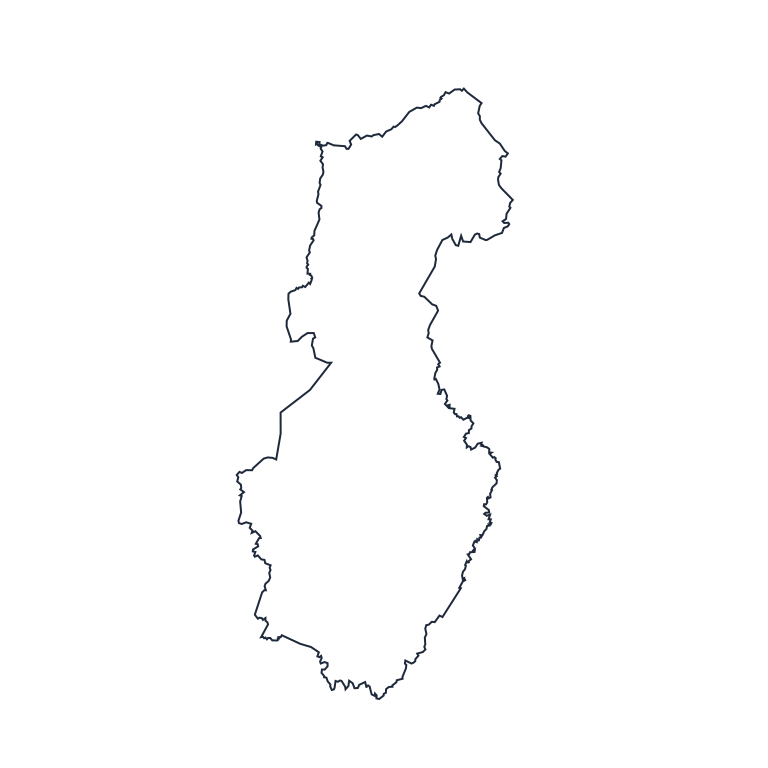 Nzema East, Western, Ghana (Natural Earth projection), rotated 201°
{"feature_id": "2480657B37092877755739", "entity_name": "Nzema East", "entity_type": "district", "adm_level": 2, "iso_a3": "GHA", "parent_name": "Ghana", "parent_adm1": "Western", "projection": "natural_earth1", "projection_center": [-2.226, 5.086], "detail": "fine", "context": "isolated", "style": "outline", "palette": "slate", "viewbox_px": 768, "rotation_deg": 201, "n_neighbors": 0, "source": "geoboundaries", "source_scale": "gbopen_adm2", "svg_char_len": 6126}
<svg xmlns="http://www.w3.org/2000/svg" viewBox="0 0 768 768"><g transform="rotate(201 384 384)"><path d="M275.6,88.2L272.7,93.0L273.2,94.7L271.6,96.4L272.7,99.9L270.9,102.9L267.6,104.4L268.2,105.6L265.5,110.1L265.9,112.0L261.0,115.5L261.8,116.9L261.6,126.4L262.5,129.7L264.3,130.5L265.0,133.5L258.1,132.9L256.7,134.3L255.5,136.4L256.1,138.4L254.5,142.7L256.4,144.2L251.7,147.7L250.2,151.0L252.2,153.1L252.1,155.6L255.0,161.9L254.8,165.8L257.8,170.4L258.1,174.0L256.0,175.3L254.2,179.1L251.3,179.9L249.2,187.7L245.9,187.4L239.1,220.9L240.7,220.7L239.6,228.0L237.9,230.0L239.3,231.2L239.9,230.5L239.9,231.3L240.8,230.5L242.5,233.1L243.0,237.0L242.0,240.2L242.4,243.6L243.4,244.1L243.2,247.8L242.7,247.1L241.0,247.9L241.6,248.7L239.9,251.6L244.7,254.9L243.4,255.8L243.5,257.7L240.2,259.2L241.3,260.0L240.9,261.2L239.5,260.7L240.0,262.9L243.2,265.1L243.1,269.4L241.0,269.6L242.0,270.7L240.5,271.3L241.2,272.6L239.4,272.4L239.8,274.8L238.5,275.2L238.1,277.7L239.1,276.6L239.9,277.5L237.9,278.3L237.7,282.3L236.4,285.3L236.9,288.4L234.9,289.6L235.9,290.5L234.1,291.0L233.9,292.8L235.7,292.7L235.8,295.9L237.9,295.2L238.1,300.0L240.9,297.8L243.9,298.6L243.1,300.2L239.7,301.7L241.0,303.9L247.1,305.7L247.4,307.7L245.7,308.0L245.2,310.4L247.1,314.6L246.5,315.8L245.3,314.8L243.9,316.3L245.6,319.5L245.1,323.7L245.9,323.8L245.8,326.4L243.3,331.6L244.2,334.7L246.8,336.4L245.7,338.3L247.1,338.9L246.1,340.3L246.8,341.2L246.4,345.0L245.2,346.6L248.8,352.2L250.9,351.6L253.0,353.4L253.2,354.8L255.0,355.3L255.9,354.2L260.4,356.6L259.1,358.4L261.3,357.8L262.4,361.0L264.9,361.8L270.8,361.2L270.1,362.3L271.8,362.6L271.8,364.1L275.1,361.9L276.1,357.3L279.2,354.0L280.6,356.1L282.9,356.2L284.0,354.5L284.9,357.1L288.9,359.8L288.1,362.9L290.4,363.1L289.7,367.0L287.2,368.6L288.2,371.4L286.4,373.8L287.1,375.7L286.5,379.3L290.1,381.0L291.9,385.2L293.8,385.1L294.1,384.1L292.6,382.7L294.3,382.3L297.1,379.1L300.2,380.6L301.2,379.6L302.9,380.5L304.3,379.9L305.5,381.9L306.9,381.4L308.6,382.3L309.3,386.1L314.1,384.9L315.3,388.1L316.7,387.0L316.2,385.4L320.0,387.2L318.9,391.3L320.3,392.2L320.9,395.6L325.8,400.5L328.1,399.2L327.8,394.9L330.3,394.2L330.2,398.8L333.3,403.5L337.4,407.3L338.5,406.3L339.0,407.1L340.0,412.7L339.4,416.2L340.4,418.4L338.4,420.3L340.5,421.9L339.4,424.0L351.8,433.9L353.3,436.2L354.3,442.1L360.2,443.0L360.5,447.5L362.1,450.2L362.2,455.5L359.8,471.9L363.3,475.7L367.5,475.6L377.7,479.9L381.4,479.4L383.6,481.2L378.7,511.8L380.2,519.3L382.1,522.1L382.5,527.9L381.1,539.3L376.9,543.7L374.7,547.7L372.3,544.0L366.8,539.4L364.2,539.6L365.1,550.0L361.2,545.4L354.1,547.5L352.7,556.0L350.9,557.9L348.9,558.1L347.0,555.0L340.6,554.8L339.3,555.6L333.7,562.6L328.0,567.3L328.0,572.6L324.9,575.6L324.4,578.2L325.8,579.1L329.5,577.4L331.6,578.4L329.2,581.8L330.6,586.9L329.1,593.8L330.6,594.5L331.1,598.3L329.7,602.0L344.6,608.8L348.1,611.1L350.7,615.5L351.4,618.1L350.5,622.2L352.5,623.2L352.4,627.2L354.5,634.9L356.5,635.6L355.2,639.2L352.0,639.8L351.0,643.7L354.7,644.8L362.1,650.0L367.8,651.3L386.5,662.5L389.2,665.0L390.5,668.4L393.1,670.4L394.3,677.9L393.6,681.2L410.8,686.1L415.3,688.4L416.4,685.7L418.6,686.4L423.6,684.2L427.3,678.5L431.1,678.5L431.6,675.0L433.7,672.4L433.9,671.3L432.6,671.0L433.7,668.9L433.3,667.3L437.1,663.2L437.1,661.6L440.2,661.6L440.9,658.4L444.5,658.7L448.3,654.8L452.4,653.8L457.9,647.1L461.4,635.6L464.2,630.1L465.7,627.9L467.3,627.7L468.4,624.5L472.5,620.4L474.3,614.2L478.3,615.6L483.2,612.4L484.1,610.7L489.0,609.8L493.5,604.5L497.7,607.0L499.5,606.9L503.2,598.7L500.5,595.8L501.4,590.8L503.1,590.1L505.7,592.0L516.5,588.8L522.4,589.0L523.3,588.8L523.5,586.3L526.3,584.7L530.3,584.6L530.9,586.8L534.1,585.9L533.5,583.8L533.0,584.8L531.7,583.3L527.4,582.6L527.4,580.9L524.7,579.1L524.6,573.9L522.5,573.7L523.4,569.6L519.7,567.3L518.9,564.0L516.6,560.5L516.1,557.6L517.2,553.0L516.2,548.7L514.6,547.1L514.5,539.9L513.2,537.7L512.4,530.8L511.3,529.1L506.3,527.9L505.5,525.9L506.7,524.1L506.5,520.6L503.2,514.4L503.8,502.0L502.4,497.7L504.0,495.0L503.8,493.6L502.1,493.9L501.2,492.8L502.6,486.8L501.8,481.9L500.4,480.3L501.7,474.5L499.5,471.6L499.1,469.2L497.5,468.2L498.3,466.0L497.8,464.7L496.3,464.2L495.0,459.6L492.5,460.4L492.4,459.3L490.8,459.2L489.0,457.4L489.6,456.4L488.8,455.6L488.8,450.9L490.5,451.7L492.3,446.3L495.0,446.6L495.2,444.9L497.9,443.7L498.3,442.0L500.1,442.4L500.4,439.9L504.2,436.7L505.5,434.0L503.7,428.8L496.5,416.0L497.5,408.3L495.6,402.9L486.8,392.3L486.2,390.1L480.0,393.2L477.5,398.8L473.6,404.2L467.8,406.4L464.9,402.8L466.5,401.0L465.2,394.1L462.7,392.0L457.5,383.9L444.7,383.5L441.0,384.9L451.0,351.9L470.3,320.3L462.7,300.6L457.6,274.9L461.7,275.1L466.4,273.7L469.6,271.2L475.9,258.8L476.3,256.2L481.8,254.2L484.8,250.0L487.4,250.2L488.9,246.3L486.6,244.7L486.1,240.4L481.6,238.8L480.0,235.8L480.4,234.1L476.0,232.9L478.6,228.4L476.7,228.4L476.2,222.8L471.3,212.8L470.9,204.2L469.6,202.2L466.7,202.3L463.1,205.5L457.9,205.9L457.8,201.6L454.2,200.0L454.1,197.6L451.3,200.5L445.2,197.7L443.9,196.0L445.4,195.3L446.4,188.9L444.5,189.2L443.3,187.3L447.0,182.6L446.5,180.7L443.9,181.1L443.8,177.3L442.7,176.5L440.4,178.7L435.6,176.3L432.6,177.0L430.6,174.1L424.9,174.1L424.9,171.5L423.3,169.7L423.4,166.4L420.9,162.6L421.1,158.8L423.1,155.1L423.0,152.5L420.4,149.1L421.8,148.6L423.1,145.8L421.9,122.3L417.6,119.7L416.6,121.2L414.1,121.6L412.5,120.4L410.8,123.0L409.8,120.5L407.5,119.8L406.1,118.0L408.0,103.6L406.4,104.6L404.8,103.7L403.8,104.8L401.8,103.7L401.2,105.3L399.2,106.1L396.4,104.6L391.8,106.3L391.0,107.6L391.9,108.4L391.0,109.1L391.7,109.9L389.7,110.7L389.4,112.8L368.9,111.4L357.9,112.3L348.7,110.2L348.6,105.9L346.4,105.8L345.3,107.6L344.0,105.9L344.2,102.0L342.9,100.4L339.8,103.1L336.7,103.2L335.5,100.3L337.0,96.2L339.6,95.2L338.8,91.9L334.9,89.7L334.8,88.8L332.5,89.2L330.0,86.2L326.3,84.2L326.0,82.6L323.1,79.6L321.4,80.9L321.3,82.7L322.8,89.4L320.3,89.5L318.7,91.5L317.1,91.5L311.8,87.5L310.5,85.2L309.0,89.3L310.2,94.5L306.0,93.4L302.5,89.4L299.5,90.8L299.3,94.3L294.8,99.0L291.4,94.2L292.0,96.0L290.7,96.9L289.0,96.4L284.3,89.8L280.7,89.5L281.4,91.7L279.3,90.7L278.4,87.8L275.6,88.2Z" fill="none" stroke="#1e293b" stroke-width="2"/></g></svg>